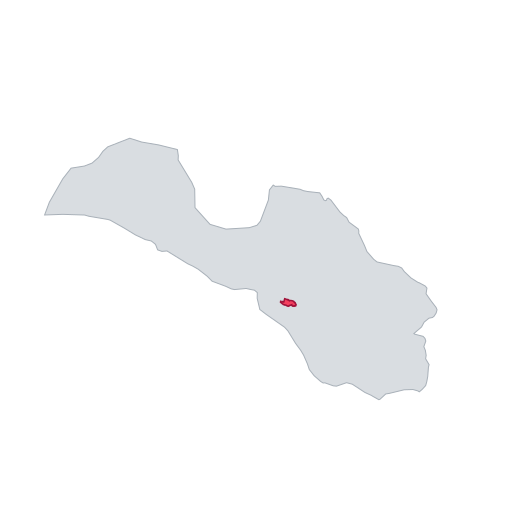 Sunākstes pag., Jaunjelgavas, Latvia (highlighted), rotated 26°
{"feature_id": "27541924B12084410086310", "entity_name": "Sunākstes pag.", "entity_type": "district", "adm_level": 2, "iso_a3": "LVA", "parent_name": "Latvia", "parent_adm1": "Jaunjelgavas", "projection": "equal_earth", "projection_center": [25.491, 56.46], "detail": "fine", "context": "in_parent", "style": "filled", "palette": "rose", "viewbox_px": 512, "rotation_deg": 26, "n_neighbors": 0, "source": "geoboundaries", "source_scale": "gbopen_adm2", "svg_char_len": 3891}
<svg xmlns="http://www.w3.org/2000/svg" viewBox="0 0 512 512"><g transform="rotate(26 256 256)"><path d="M372.0,340.7L369.0,340.4L360.7,338.1L353.7,334.7L349.4,330.3L342.2,324.2L337.4,321.1L329.9,317.2L317.5,309.3L312.9,307.5L290.8,304.0L282.9,302.4L275.6,293.5L273.2,288.3L269.6,287.4L265.7,288.5L261.4,289.5L251.4,295.6L248.2,296.4L242.0,296.5L227.6,297.9L221.1,295.6L209.7,293.2L203.5,292.8L198.1,292.9L173.8,290.5L169.4,293.1L164.9,293.6L160.6,289.6L155.3,288.4L149.3,289.8L138.4,289.9L125.6,288.7L109.3,287.7L106.8,288.1L88.5,293.5L84.0,294.3L64.0,303.3L48.0,311.8L46.7,298.2L48.5,271.3L51.3,258.1L62.3,250.4L67.9,244.4L71.3,236.4L72.5,229.0L74.9,222.9L90.9,205.5L103.3,203.7L120.0,198.8L138.7,194.8L142.2,199.9L143.9,203.8L166.0,218.0L171.6,222.8L180.0,239.3L200.8,247.7L217.2,245.0L224.3,241.0L237.5,233.5L243.4,228.0L244.7,222.8L242.6,200.3L239.1,190.7L240.4,184.7L242.7,185.0L248.2,182.1L266.4,176.7L270.0,176.5L274.2,175.4L285.6,171.3L289.3,173.5L292.4,175.9L294.1,175.9L294.9,175.0L294.7,173.4L295.5,172.3L298.8,172.9L312.0,179.6L317.1,181.2L320.6,181.7L324.8,184.8L336.1,186.9L337.5,188.5L338.4,190.6L349.0,199.1L353.8,203.4L363.3,207.4L367.4,208.3L383.8,204.3L388.4,202.9L392.2,202.9L396.1,205.0L405.0,207.8L413.1,208.7L414.5,208.5L421.3,208.8L423.7,209.9L425.4,215.4L433.2,219.7L440.4,223.3L442.3,225.0L442.9,228.2L442.5,231.9L441.6,233.9L438.7,236.1L436.1,241.8L435.9,247.2L431.9,256.5L432.8,256.7L441.5,255.0L444.0,256.0L445.9,258.0L446.6,263.9L449.6,266.6L452.5,270.7L453.5,274.0L459.2,277.8L459.7,280.3L463.2,289.1L464.6,294.2L465.3,298.1L463.8,303.1L462.3,306.5L460.6,306.3L455.6,307.2L447.8,311.3L436.1,321.0L433.1,323.1L430.2,330.5L429.4,331.3L422.5,330.9L420.7,330.7L413.8,330.9L398.7,329.0L392.9,330.2L385.4,337.7L382.4,338.8L373.5,339.8L372.0,340.7Z" fill="#d9dde1" stroke="#a8b0b8" stroke-width="1"/><path d="M313.2,283.4L313.3,283.4L313.5,283.3L313.6,283.2L313.5,282.9L313.4,282.8L313.4,282.7L313.4,282.4L313.4,282.2L313.2,282.0L313.1,281.9L312.9,281.8L312.8,281.7L312.7,281.7L312.4,281.6L312.2,281.5L312.1,281.4L312.0,281.2L311.9,281.2L311.7,281.1L311.6,280.9L311.4,280.9L311.2,280.9L310.9,280.8L310.9,280.7L311.0,280.6L310.7,280.5L310.4,280.5L310.1,280.6L309.9,280.6L309.7,280.5L309.5,280.4L309.4,280.3L309.4,280.2L309.2,280.2L308.7,280.3L308.3,280.3L308.0,280.4L307.6,280.5L307.3,280.6L307.2,280.6L306.7,280.8L306.2,281.0L305.9,281.1L305.7,281.1L305.9,281.2L305.8,281.4L305.8,281.6L305.6,281.6L305.4,281.6L305.3,281.3L305.2,281.3L305.0,281.2L304.8,281.2L304.6,281.2L304.4,281.2L304.2,281.1L303.9,281.1L304.0,281.5L303.9,281.5L303.8,281.4L303.7,281.3L303.5,281.5L303.1,281.5L302.7,281.6L302.0,281.6L301.1,281.7L300.5,281.8L300.7,282.8L300.8,283.6L300.9,283.9L300.9,284.0L301.0,284.3L301.1,285.2L300.1,285.3L299.2,285.4L299.2,285.5L299.3,286.0L299.4,286.3L299.5,286.6L299.5,286.8L299.2,286.9L298.9,286.9L298.7,286.8L298.2,286.5L298.3,286.8L298.6,286.8L298.8,287.0L299.1,287.0L299.5,287.0L300.0,287.1L300.1,287.3L300.6,287.4L300.8,287.4L301.0,287.4L301.3,287.5L301.5,287.6L301.8,287.7L302.0,287.7L302.3,287.5L302.5,287.5L302.9,287.5L303.0,287.4L303.2,287.5L303.5,287.5L303.6,287.4L303.8,287.2L304.0,287.2L304.4,287.0L304.5,287.0L304.9,287.2L305.2,287.1L305.3,287.1L305.5,287.1L305.8,287.2L305.9,287.3L306.0,287.3L306.4,287.2L306.5,287.1L306.9,287.0L306.9,286.9L307.0,286.9L307.3,286.7L307.5,286.7L307.6,286.4L307.7,286.2L307.7,285.9L307.8,285.9L307.9,285.7L308.0,285.6L308.2,285.4L308.3,285.4L308.5,285.3L308.5,285.2L308.8,284.9L308.9,284.7L309.0,284.5L309.1,284.4L309.1,284.5L309.3,284.6L309.5,284.7L309.8,284.5L310.0,284.7L310.3,284.7L310.4,284.8L310.5,284.8L310.6,285.0L311.0,285.0L311.2,284.9L311.3,284.9L311.2,284.9L311.3,284.9L311.4,284.7L311.5,284.7L311.8,284.6L311.7,284.5L311.8,284.4L311.9,284.2L312.0,284.2L312.2,283.9L312.3,283.9L312.5,283.8L312.8,283.9L313.1,283.9L313.2,283.7L313.2,283.4Z" fill="#f43f5e" stroke="#9f1239" stroke-width="1.5"/></g></svg>